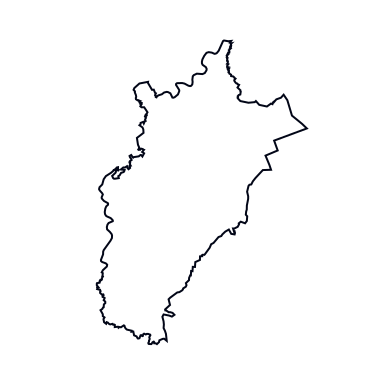 outline of Krimuldas pag., Krimuldas, Latvia, rotated 158°
{"feature_id": "27541924B6857171142021", "entity_name": "Krimuldas pag.", "entity_type": "district", "adm_level": 2, "iso_a3": "LVA", "parent_name": "Latvia", "parent_adm1": "Krimuldas", "projection": "orthographic", "projection_center": [24.794, 57.217], "detail": "fine", "context": "isolated", "style": "outline", "palette": "ink", "viewbox_px": 384, "rotation_deg": 158, "n_neighbors": 0, "source": "geoboundaries", "source_scale": "gbopen_adm2", "svg_char_len": 6073}
<svg xmlns="http://www.w3.org/2000/svg" viewBox="0 0 384 384"><g transform="rotate(158 192 192)"><path d="M191.5,310.6L200.1,312.3L206.5,310.0L207.9,308.6L207.2,306.7L207.7,305.7L207.7,302.9L208.1,301.1L208.9,300.2L209.2,299.0L208.2,297.5L207.6,297.4L206.3,296.1L206.8,296.1L206.6,295.9L206.7,294.9L207.1,295.1L207.1,294.6L206.7,294.4L206.8,293.8L206.0,294.2L205.3,293.5L206.1,292.7L205.8,292.3L207.8,290.8L207.1,289.5L204.6,288.5L203.4,282.6L204.9,281.4L205.1,280.1L205.6,279.8L206.2,280.8L207.4,279.6L206.9,278.0L208.3,276.9L208.4,275.3L209.1,275.4L211.0,273.6L211.0,275.3L213.8,275.3L214.5,274.0L215.7,273.6L213.7,270.4L213.7,268.3L214.8,265.0L222.8,262.8L224.4,256.0L224.3,253.5L224.9,252.0L225.9,251.6L225.8,251.1L224.2,250.6L223.1,251.4L221.5,250.2L221.4,249.6L220.8,249.1L223.2,247.8L221.9,245.8L224.7,243.5L225.2,245.2L225.9,245.6L228.0,245.0L233.1,246.2L233.6,245.9L233.9,246.2L234.5,249.1L236.4,248.8L236.5,247.5L236.0,245.5L236.0,244.3L237.9,243.9L238.1,243.0L238.8,243.1L239.0,242.6L238.7,242.1L238.9,241.1L239.2,240.7L239.0,239.4L240.0,239.6L240.4,237.5L242.3,236.9L242.8,238.3L242.3,239.0L242.5,240.3L244.9,239.8L246.5,240.5L249.5,239.5L246.2,237.7L246.9,236.8L247.9,236.1L250.6,236.3L252.8,234.6L254.4,234.3L254.7,232.3L258.6,233.2L259.5,233.7L259.9,234.4L260.0,236.8L255.7,238.5L255.1,239.1L254.2,240.8L252.3,239.6L251.8,240.2L252.0,241.0L251.3,242.7L252.6,242.9L254.1,241.7L254.3,242.1L256.0,241.4L256.4,241.7L257.5,240.9L260.0,240.1L265.9,239.0L269.1,236.9L272.4,232.6L275.9,231.1L277.1,229.5L277.0,228.1L275.7,224.4L275.6,223.1L277.5,221.2L278.0,220.4L278.0,219.5L277.0,216.7L274.2,213.2L274.2,212.5L274.7,211.6L276.9,210.8L278.6,209.1L280.4,206.1L280.9,204.2L280.7,202.3L280.0,201.2L277.2,198.3L276.2,196.0L276.1,195.2L276.4,194.6L280.9,194.5L282.6,193.4L284.1,191.4L284.7,189.1L283.1,185.8L282.3,183.1L282.4,181.7L283.5,179.3L285.8,177.4L295.6,171.2L296.7,170.0L297.8,167.5L301.9,163.1L302.2,162.0L301.5,160.7L298.7,158.2L298.2,157.2L297.9,156.3L298.9,154.8L303.9,152.9L305.8,151.3L305.1,150.2L306.2,148.2L306.2,147.2L306.9,147.2L307.0,146.4L308.1,145.7L308.1,144.9L308.4,144.6L309.0,144.2L310.0,144.8L310.8,144.2L310.8,143.5L311.7,142.5L312.6,143.0L313.4,142.7L314.1,143.1L314.6,142.7L315.2,141.2L314.5,138.8L315.6,139.3L315.8,139.0L315.7,138.1L316.3,137.5L313.9,135.7L313.9,134.3L314.6,133.9L315.0,132.8L314.0,130.7L312.6,130.3L312.6,129.5L313.9,129.1L314.2,128.2L312.7,126.7L313.0,126.0L314.4,124.8L313.5,122.9L314.0,121.5L315.8,120.8L317.1,118.2L317.8,118.2L318.9,117.2L321.1,116.7L320.5,112.1L321.2,110.3L320.1,108.5L321.7,107.3L322.3,104.2L321.0,102.0L319.9,103.3L319.0,102.5L318.4,100.9L317.5,99.9L315.0,99.5L314.8,98.4L313.7,98.2L313.3,97.7L314.2,95.7L311.0,94.8L310.8,94.5L310.9,93.7L309.8,94.0L308.6,93.2L305.2,93.9L304.9,93.6L304.7,93.1L304.9,92.3L304.7,90.4L303.9,88.8L299.9,86.0L300.5,85.1L298.7,84.6L299.4,80.8L297.5,78.9L297.2,76.6L296.9,76.3L295.5,76.1L293.4,78.4L292.8,78.4L292.1,77.0L291.6,76.9L290.6,78.3L289.5,78.6L288.2,77.2L287.2,77.4L285.9,76.9L284.2,75.4L284.3,74.7L285.7,73.7L286.1,73.1L286.2,71.8L286.7,71.0L287.5,70.4L288.0,69.2L288.8,68.7L289.2,67.8L288.9,67.2L286.6,66.2L284.8,67.5L283.5,67.6L283.3,67.1L283.7,65.9L282.2,65.2L281.5,64.1L278.8,65.2L277.8,66.7L274.2,66.8L272.8,66.4L271.2,63.5L269.3,70.2L269.1,73.3L269.3,76.5L267.7,79.7L266.8,82.8L266.2,87.4L264.2,89.1L259.5,86.0L257.3,84.0L254.3,84.7L255.3,87.2L257.3,88.8L258.6,89.2L260.3,91.8L261.1,92.2L260.9,93.2L254.7,95.5L253.9,101.3L251.8,102.2L243.3,104.4L241.2,103.9L238.0,104.5L237.0,105.0L236.3,105.9L233.2,106.5L232.0,107.7L231.8,109.8L227.8,111.4L226.9,113.4L224.9,115.4L224.3,115.1L222.4,119.1L221.2,118.4L219.3,122.3L217.3,121.4L215.2,125.8L210.1,126.0L208.7,129.3L206.7,128.7L206.6,129.6L205.6,129.8L204.1,129.1L203.6,129.3L196.5,133.7L193.8,136.4L191.1,136.7L184.3,140.3L181.3,140.2L179.8,141.3L176.0,142.8L171.9,143.4L171.3,138.5L168.4,136.7L167.5,137.9L167.3,139.4L167.9,139.3L167.6,142.8L166.5,142.3L162.7,142.6L160.5,144.4L160.4,145.4L157.9,146.2L154.5,143.1L152.0,144.6L149.9,148.8L150.6,150.8L149.1,153.6L147.8,155.2L146.2,158.9L142.5,164.6L141.5,167.0L140.8,171.6L137.3,176.5L136.0,177.2L134.2,176.8L131.6,179.1L127.9,181.2L118.1,185.8L110.4,183.0L110.1,188.0L110.2,198.2L97.0,198.4L96.6,208.9L61.7,207.9L64.4,213.9L70.7,225.4L69.2,241.4L70.6,247.9L74.2,246.1L79.1,246.3L81.4,245.1L81.3,245.4L83.2,244.8L84.5,243.3L85.6,244.4L90.5,243.2L97.0,247.6L98.7,252.4L100.1,251.8L106.2,253.6L113.1,258.2L114.2,261.0L114.5,262.2L113.7,262.7L113.5,263.1L113.7,263.7L112.4,264.4L110.7,264.3L109.2,266.8L109.4,267.4L109.0,268.2L110.7,271.8L108.2,273.7L109.2,274.8L109.5,275.7L110.1,276.0L110.7,277.3L111.1,279.3L110.9,279.9L109.2,280.8L109.9,281.8L109.8,282.2L110.5,283.7L112.3,284.8L111.8,286.1L113.1,287.9L112.7,289.5L113.1,289.6L112.4,290.6L112.8,290.9L112.8,291.9L112.0,291.9L111.6,292.3L112.5,292.4L112.9,292.9L112.4,294.1L111.7,294.2L112.6,294.9L111.9,296.1L110.5,296.9L111.4,297.7L110.6,298.1L109.8,299.6L109.8,300.2L110.3,300.1L110.4,300.5L109.6,301.9L109.5,302.7L108.8,303.0L109.3,304.1L108.7,304.5L108.5,305.3L107.4,305.8L108.1,306.0L106.1,307.8L105.1,307.5L104.8,307.8L104.6,309.1L104.7,309.7L102.6,310.5L103.2,311.0L102.6,311.7L102.4,310.9L102.1,311.1L101.1,312.6L101.7,312.9L100.6,313.9L100.4,314.8L99.9,315.0L100.6,315.1L100.6,315.5L100.2,315.4L100.2,315.8L100.9,316.3L99.1,317.4L101.9,318.2L105.6,320.5L106.7,320.3L114.3,313.0L116.8,311.6L118.1,311.4L119.4,311.7L121.4,313.8L124.1,315.4L126.4,315.6L129.6,313.7L132.7,311.0L134.0,309.1L134.6,307.5L134.5,305.9L132.4,302.6L132.3,300.6L133.0,299.4L135.6,297.5L138.1,297.4L143.2,299.9L146.6,299.7L147.9,299.0L149.6,296.0L150.2,293.8L151.4,291.7L152.9,290.8L154.1,290.9L155.5,291.9L158.3,295.3L160.3,296.7L165.1,298.5L166.2,298.2L166.7,297.3L165.8,292.4L165.7,291.1L166.2,290.1L168.5,287.7L172.5,286.4L173.9,286.4L174.8,286.9L175.1,291.6L176.8,293.6L177.9,294.3L180.6,294.7L183.3,293.9L187.0,294.2L189.0,293.6L189.5,293.1L189.8,293.4L188.8,294.1L189.8,294.3L190.0,295.6L188.5,297.0L189.1,297.7L189.1,301.2L190.8,301.7L192.0,309.8L191.5,310.6Z" fill="none" stroke="#020617" stroke-width="2"/></g></svg>